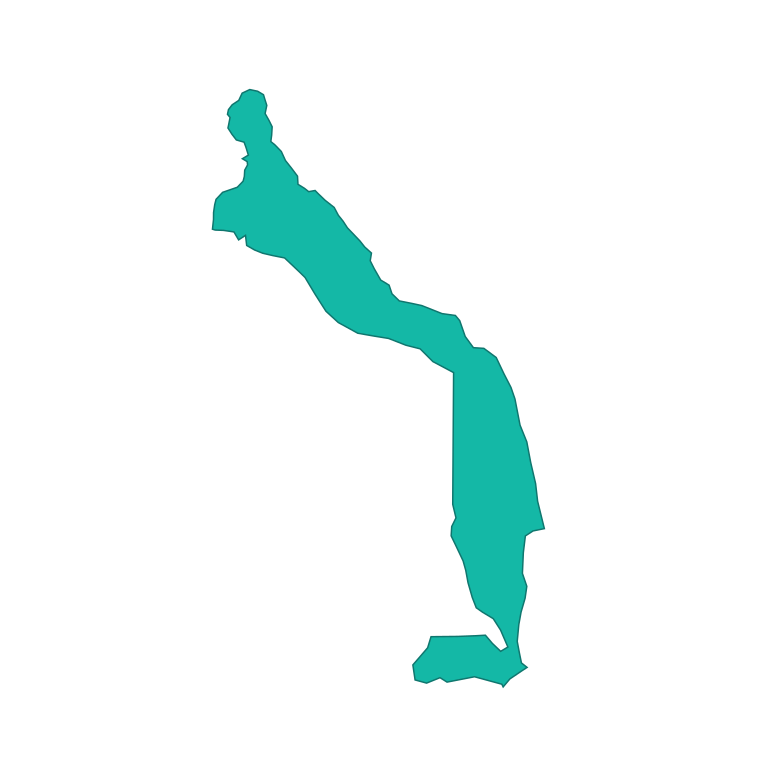 outline of Kato Arodes, Paphos, Cyprus, rotated 242°
{"feature_id": "46923920B59475373128367", "entity_name": "Kato Arodes", "entity_type": "district", "adm_level": 2, "iso_a3": "CYP", "parent_name": "Cyprus", "parent_adm1": "Paphos", "projection": "mercator", "projection_center": [32.375, 34.942], "detail": "fine", "context": "isolated", "style": "filled", "palette": "teal", "viewbox_px": 768, "rotation_deg": 242, "n_neighbors": 0, "source": "geoboundaries", "source_scale": "gbopen_adm2", "svg_char_len": 1920}
<svg xmlns="http://www.w3.org/2000/svg" viewBox="0 0 768 768"><g transform="rotate(242 384 384)"><path d="M579.5,323.3L580.3,331.5L570.8,327.8L563.0,332.7L556.4,338.3L549.5,346.2L542.0,355.4L523.6,361.6L515.1,364.3L495.5,365.3L475.5,366.9L459.7,372.5L441.1,384.7L430.9,397.8L422.1,409.4L408.0,421.5L398.1,432.4L380.8,437.7L361.4,450.8L245.5,388.2L232.0,384.7L226.4,376.9L218.4,372.0L208.1,371.6L190.7,370.8L181.1,368.7L169.1,364.9L154.0,361.7L143.1,360.4L136.0,364.0L125.5,370.3L112.1,371.4L93.6,369.9L93.2,361.5L104.1,357.9L114.6,355.6L118.8,346.5L126.5,330.6L138.8,306.9L130.6,298.7L122.4,277.6L108.1,272.5L99.9,281.2L98.4,295.6L91.2,299.7L83.0,326.5L63.6,347.1L60.6,347.0L64.5,356.7L66.0,370.7L66.5,376.2L66.6,377.3L73.2,374.4L83.0,377.3L94.2,380.8L108.3,390.1L118.2,397.9L128.6,408.0L138.3,415.1L151.8,417.3L169.6,427.8L183.5,437.5L184.3,446.6L181.1,457.4L181.0,457.7L208.4,464.6L224.9,471.1L245.9,476.7L265.8,482.9L283.8,484.8L309.3,492.6L321.3,494.5L336.6,494.7L354.7,495.5L368.6,488.9L374.1,480.0L387.8,478.0L404.4,480.6L411.0,479.2L418.9,468.3L435.5,454.2L442.1,446.4L450.2,436.5L459.9,433.4L468.9,434.9L477.3,429.9L490.4,429.5L499.3,429.7L505.5,434.4L514.0,431.3L521.7,429.9L527.7,428.2L539.1,425.0L547.0,424.3L554.4,422.9L563.3,422.9L573.7,418.3L582.8,415.3L587.2,414.0L589.2,407.8L594.2,405.6L600.7,401.8L608.1,405.2L617.8,403.7L627.6,401.9L637.5,402.5L646.2,400.0L651.2,397.9L656.4,401.6L663.6,406.0L670.7,406.2L678.6,406.0L685.0,411.3L691.5,412.5L696.0,413.4L701.8,409.9L707.0,403.7L707.4,395.3L702.6,388.9L701.8,381.0L699.3,375.5L695.6,372.4L691.6,373.2L685.2,368.0L683.3,366.4L675.9,367.0L668.8,368.2L663.2,374.0L657.6,373.2L649.8,371.7L649.4,364.7L644.6,367.6L641.5,366.4L638.2,361.4L632.8,358.1L629.2,354.8L626.6,346.8L629.0,331.5L625.9,322.4L621.8,318.7L615.4,314.0L609.3,310.7L601.2,305.2L599.2,307.2L595.0,314.4L588.7,322.9L579.5,323.3Z" fill="#14b8a6" stroke="#0f766e" stroke-width="1.5"/></g></svg>